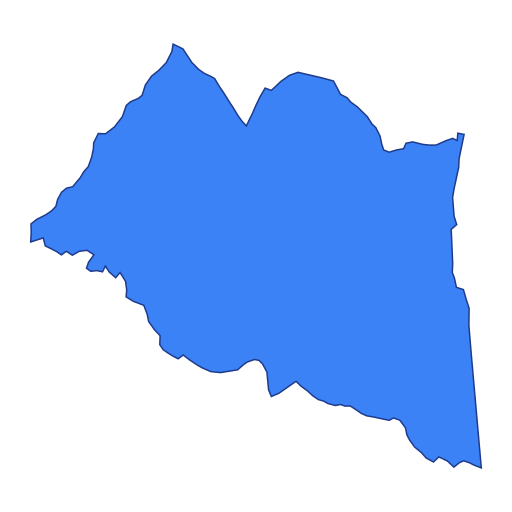 Arapongas, Paraná, Brazil
{"feature_id": "56859067B84180085420981", "entity_name": "Arapongas", "entity_type": "district", "adm_level": 2, "iso_a3": "BRA", "parent_name": "Brazil", "parent_adm1": "Paraná", "projection": "equal_earth", "projection_center": [-51.445, -23.445], "detail": "fine", "context": "isolated", "style": "filled", "palette": "blue", "viewbox_px": 512, "rotation_deg": 0, "n_neighbors": 0, "source": "geoboundaries", "source_scale": "gbopen_adm2", "svg_char_len": 2288}
<svg xmlns="http://www.w3.org/2000/svg" viewBox="0 0 512 512"><path d="M31.0,223.9L31.2,232.7L30.7,242.0L43.2,237.9L45.3,245.9L50.8,248.6L56.8,251.7L61.4,254.9L66.3,251.3L72.3,255.2L79.3,251.3L87.1,250.3L93.9,254.8L88.5,262.3L86.5,268.3L90.8,271.3L96.8,270.6L102.5,271.8L105.4,266.1L109.2,272.0L115.7,277.7L120.0,272.5L125.5,281.2L126.7,289.9L126.1,296.9L133.5,301.4L143.8,305.3L147.2,314.3L148.6,321.5L154.6,329.9L160.1,335.7L159.8,344.7L163.2,349.7L168.4,353.3L173.1,356.2L178.2,358.8L183.2,355.0L189.7,360.0L197.4,365.1L201.9,367.7L210.8,371.6L220.6,372.6L237.7,369.8L243.2,364.9L247.3,362.0L254.5,359.5L259.0,360.4L262.5,363.9L266.9,372.0L268.6,389.9L271.3,396.5L279.0,393.2L289.3,386.0L296.0,381.3L301.3,386.4L307.3,390.7L312.8,395.8L318.4,399.6L323.4,401.0L327.9,403.5L335.4,405.5L340.6,404.5L344.9,406.1L350.3,406.0L356.4,410.0L361.3,413.4L366.6,415.8L373.6,417.0L382.9,419.0L389.1,420.3L393.5,418.0L399.7,420.1L405.4,427.7L406.9,434.9L409.8,440.4L414.8,447.2L421.2,452.4L426.3,458.1L433.5,462.0L438.8,456.9L447.4,461.0L453.9,467.1L459.5,462.6L463.8,460.8L469.5,462.8L473.8,465.0L481.3,467.9L471.3,354.6L468.9,325.6L469.1,308.3L466.2,299.3L463.4,289.6L456.4,287.3L454.4,278.0L452.3,272.5L452.7,263.6L451.2,229.3L456.7,224.6L454.1,216.3L452.6,197.5L454.1,188.6L458.7,167.3L459.1,158.6L460.3,152.8L464.1,134.4L457.8,133.2L457.2,140.6L452.8,138.4L446.1,140.6L436.0,145.1L429.6,145.1L422.8,144.4L412.7,141.9L406.0,143.2L403.6,148.7L396.3,150.0L389.2,152.2L383.7,150.0L381.8,144.4L380.1,136.2L375.8,127.6L371.9,123.9L367.2,116.5L357.0,106.6L351.0,102.3L347.1,97.8L340.5,94.3L336.4,86.5L333.5,81.0L321.7,77.8L317.4,76.8L298.0,72.3L289.5,75.3L280.9,81.4L275.1,86.9L271.3,90.4L265.1,88.1L260.0,96.9L255.9,105.4L252.3,113.8L249.6,119.1L246.4,125.9L241.8,121.0L237.9,115.5L233.2,107.7L230.0,102.9L226.6,97.4L222.5,91.0L219.4,86.5L214.6,78.5L210.5,76.2L204.2,73.3L198.7,69.4L192.0,62.7L182.9,48.9L173.1,44.1L171.9,51.5L166.2,62.7L158.7,70.4L151.5,76.2L145.4,84.9L142.1,95.3L138.3,98.4L130.6,101.7L126.3,105.4L122.4,116.7L114.4,127.0L105.5,133.8L98.3,133.5L93.7,142.8L93.4,148.7L91.7,157.0L88.3,166.6L83.7,171.8L80.4,177.5L76.5,182.1L72.7,186.7L66.4,188.2L61.5,192.3L57.6,199.5L55.9,206.3L51.6,210.8L45.6,214.9L37.0,219.2L31.0,223.9Z" fill="#3b82f6" stroke="#1e3a8a" stroke-width="1.5"/></svg>